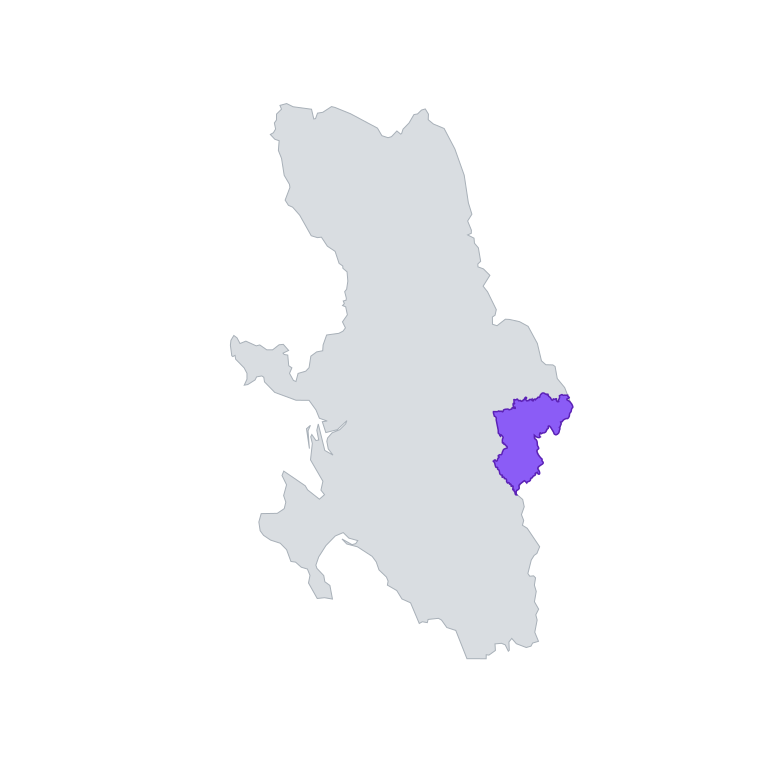 Ukraine, with Sumy highlighted, rotated 69°
{"feature_id": "UKR-325", "entity_name": "Sumy", "entity_type": "Region", "adm_level": 1, "iso_a3": "UKR", "parent_name": "Ukraine", "parent_adm1": "", "projection": "natural_earth1", "projection_center": [34.032, 51.234], "detail": "fine", "context": "in_parent", "style": "filled", "palette": "violet", "viewbox_px": 768, "rotation_deg": 69, "n_neighbors": 0, "source": "natural_earth", "source_scale": "10m", "svg_char_len": 9647}
<svg xmlns="http://www.w3.org/2000/svg" viewBox="0 0 768 768"><g transform="rotate(69 384 384)"><path d="M514.0,496.1L522.0,506.9L528.7,512.5L532.1,512.7L541.3,508.9L547.4,510.1L552.7,506.7L566.3,509.2L562.2,516.1L560.3,523.2L542.7,525.8L536.2,521.7L529.3,521.8L525.4,526.9L518.6,530.4L516.3,534.5L503.8,534.3L495.5,537.9L489.1,545.8L482.1,550.7L476.6,552.2L468.0,550.3L461.0,545.1L466.5,530.0L464.6,521.8L459.1,518.0L452.2,517.7L443.2,511.1L432.9,512.0L429.4,508.8L450.8,494.0L455.4,493.3L468.4,485.6L466.0,479.2L460.5,480.9L452.9,475.9L428.5,479.8L413.8,472.2L407.0,471.3L405.3,469.5L412.4,467.8L412.9,465.0L403.1,463.3L397.8,459.7L424.8,463.1L432.1,457.1L424.6,459.3L417.0,457.9L414.2,456.0L411.0,450.0L410.8,441.6L407.5,434.1L404.9,431.8L409.9,443.9L408.5,455.7L397.1,455.1L398.2,450.3L392.8,456.6L383.9,456.8L372.4,459.8L367.6,472.0L352.7,489.0L339.2,494.8L334.6,493.8L332.7,495.2L331.7,500.4L334.0,502.9L335.7,511.4L335.0,514.9L330.4,510.2L324.9,508.1L318.8,508.8L307.7,513.6L303.9,512.8L304.2,515.3L303.1,516.0L292.7,513.5L288.3,511.2L284.9,506.8L288.2,504.7L294.6,503.9L294.5,497.6L302.6,489.6L303.0,486.0L310.1,481.2L312.2,475.8L309.8,467.9L310.9,463.8L318.5,461.0L319.0,467.2L320.7,466.6L322.5,463.5L332.8,466.4L335.9,464.2L340.2,468.4L348.2,467.3L350.1,465.3L343.3,460.4L344.0,452.5L341.9,448.1L331.8,442.3L329.9,435.4L331.0,429.3L325.8,426.9L317.7,420.0L320.5,408.0L320.0,403.4L317.8,399.9L311.1,400.5L306.3,393.4L298.2,392.1L295.9,394.6L294.7,392.2L291.9,392.3L292.2,389.4L290.4,388.4L283.7,387.6L282.1,384.9L275.0,380.9L266.1,378.3L261.2,380.9L259.0,380.2L255.3,382.7L242.7,382.1L235.0,387.5L224.5,389.8L223.5,393.7L219.5,398.8L196.2,402.2L186.2,405.9L182.9,409.2L176.9,410.4L166.8,401.4L163.7,400.7L153.4,402.4L136.7,398.8L128.1,398.9L119.3,394.7L116.4,398.2L110.3,400.7L109.8,397.2L107.1,393.8L101.0,392.8L99.0,389.8L93.5,387.6L90.7,381.2L86.6,381.3L87.3,374.4L92.6,369.5L101.5,353.2L111.4,354.6L111.7,352.8L107.3,349.0L108.4,343.8L106.2,333.6L108.2,330.7L119.7,318.4L142.8,298.4L151.4,297.0L155.5,292.0L155.8,288.4L152.4,281.3L156.7,278.9L156.4,277.7L152.9,274.9L149.3,267.1L143.2,259.5L143.9,255.9L141.7,250.8L142.0,246.9L148.0,245.8L153.1,248.0L159.0,244.7L167.0,236.3L190.0,233.6L217.8,234.3L245.1,240.3L257.0,241.1L261.8,247.5L271.7,247.3L274.6,248.5L274.8,252.5L280.1,247.7L285.0,249.1L290.7,247.1L304.1,249.8L305.6,253.4L308.3,254.3L312.2,249.9L320.5,246.2L328.2,256.4L335.0,254.3L354.8,252.5L359.6,255.7L360.3,258.8L367.1,261.3L370.1,257.6L367.0,247.5L368.7,243.7L374.4,235.1L381.8,228.8L401.1,226.3L418.8,228.7L424.0,226.0L426.7,219.5L429.0,218.0L441.0,220.3L452.1,216.6L471.1,216.5L477.1,220.3L483.3,231.6L492.6,239.9L492.0,242.5L483.6,244.1L483.4,245.5L486.2,249.3L487.1,257.2L488.6,258.2L486.6,261.7L495.6,262.5L502.9,265.2L514.3,263.9L517.4,269.8L522.4,270.6L522.5,274.5L526.7,283.8L525.1,288.6L525.8,291.6L531.7,298.8L534.4,299.7L541.5,295.9L548.9,297.1L555.2,302.5L561.5,302.5L565.5,305.4L570.0,302.0L591.7,297.0L597.0,302.0L597.8,305.2L601.1,309.6L612.5,317.6L615.7,316.8L616.7,313.1L619.3,312.0L625.7,315.7L632.2,316.2L641.2,321.6L649.6,320.3L653.9,325.0L659.2,325.6L669.8,332.2L679.6,332.0L679.1,338.1L681.4,340.7L681.0,345.6L673.9,353.5L667.3,355.9L669.6,359.8L677.5,362.5L678.0,363.7L671.0,364.3L668.2,367.2L666.4,373.5L672.7,375.5L674.7,383.2L673.4,385.6L677.1,387.1L670.2,405.0L639.8,405.3L633.9,412.6L625.0,414.9L622.3,417.1L619.6,427.2L622.3,429.1L619.7,433.4L620.2,436.9L597.8,437.6L591.1,444.3L581.4,446.1L573.0,452.9L569.5,450.8L565.1,450.9L555.8,455.3L547.3,455.0L540.7,456.8L526.5,467.1L520.0,476.1L513.6,478.8L522.5,471.4L522.9,467.6L520.8,464.6L515.3,472.0L508.1,475.3L508.4,483.9L514.0,496.1ZM417.6,476.8L398.0,472.4L396.2,467.5L400.5,471.7L417.6,476.8Z" fill="#d9dde1" stroke="#a8b0b8" stroke-width="1"/><path d="M471.0,215.8L472.5,215.8L473.3,216.0L473.7,216.4L473.9,217.0L474.5,217.7L475.1,218.2L476.4,218.9L477.1,219.6L477.9,221.0L478.3,221.4L480.4,222.5L480.9,223.0L481.5,223.7L482.0,224.6L482.0,225.0L482.0,225.4L481.5,226.4L481.7,228.7L481.9,229.5L482.3,230.2L482.9,231.1L483.0,231.8L482.8,232.4L482.8,232.8L484.4,232.8L485.1,233.2L486.3,234.4L487.1,234.9L487.3,235.8L487.6,235.9L488.2,235.7L488.6,235.7L489.2,236.0L490.3,237.0L490.9,237.3L492.2,238.3L493.0,240.0L493.1,241.7L491.9,242.9L491.2,243.0L489.3,243.0L483.8,244.0L482.5,244.6L482.2,245.6L482.6,246.0L483.7,246.3L484.2,246.5L484.3,246.8L484.5,247.7L484.6,248.0L484.9,248.4L486.2,249.6L486.7,250.2L486.9,250.9L487.0,251.8L486.9,252.3L486.5,253.4L486.6,253.8L486.8,254.6L486.7,255.0L486.4,255.2L485.7,255.4L485.6,255.6L485.7,256.0L486.0,256.3L486.7,256.8L487.7,257.2L488.8,257.3L489.4,257.0L489.7,258.4L488.9,259.8L487.6,261.0L485.7,262.0L488.0,262.8L488.8,262.9L489.4,262.7L490.6,261.9L491.8,261.7L493.0,261.8L496.4,262.8L498.5,262.5L499.5,262.6L499.9,263.0L500.3,264.2L500.6,264.8L501.1,265.2L501.6,265.4L504.0,265.5L506.3,265.1L509.0,264.2L510.5,263.4L511.0,263.4L512.2,264.0L512.8,263.9L513.5,263.6L514.2,263.5L514.8,263.7L515.2,264.1L515.5,264.7L516.3,268.6L516.9,269.9L517.9,270.7L519.0,270.8L521.2,270.3L522.3,270.4L523.0,270.6L523.5,270.9L523.8,271.3L523.6,272.0L523.1,272.4L521.3,272.7L521.5,273.2L521.5,274.3L521.6,274.7L521.9,275.0L522.6,275.1L523.0,275.3L523.4,275.9L523.4,277.5L523.7,278.1L524.3,278.8L524.6,279.3L524.7,279.9L524.6,280.4L524.7,280.9L525.1,281.2L526.0,281.6L526.3,281.9L526.6,282.3L526.9,283.5L526.8,284.5L526.9,285.4L527.6,286.2L525.1,287.2L524.6,287.6L524.7,288.2L526.3,293.3L527.0,294.3L528.1,294.7L529.5,295.0L530.1,295.4L530.5,296.1L530.8,297.1L530.8,297.8L531.0,298.4L531.8,299.1L533.1,299.8L533.7,299.9L534.4,300.0L535.1,299.8L535.0,300.2L534.8,300.5L534.6,300.7L534.1,300.9L532.9,300.8L531.9,300.6L531.3,300.6L530.8,300.9L529.8,300.9L528.8,300.7L528.6,300.9L528.6,301.0L529.0,301.5L528.9,301.6L528.6,301.6L526.3,300.4L525.6,300.2L525.3,300.4L525.2,300.6L525.2,301.6L525.0,301.9L524.6,301.9L523.4,301.4L522.9,301.6L522.5,301.9L522.4,302.1L522.6,302.4L522.5,302.6L522.2,302.7L521.2,302.6L520.9,302.7L520.6,303.1L520.6,303.3L520.8,304.0L520.6,304.2L520.3,304.3L519.2,304.5L518.8,304.5L517.7,304.0L516.8,303.9L516.6,304.0L516.0,304.5L515.5,305.5L515.3,305.5L515.1,305.5L514.6,305.2L514.1,305.4L513.6,305.9L513.5,306.1L513.6,306.7L513.4,307.0L513.2,307.1L512.9,307.0L512.2,306.6L511.7,306.2L511.4,306.3L511.0,307.2L510.8,307.4L509.4,308.1L506.3,307.5L505.4,307.6L504.7,308.2L504.1,308.4L503.9,308.4L502.9,307.9L502.4,308.1L502.1,309.0L501.9,309.2L501.6,309.4L500.4,309.4L497.2,309.0L496.1,309.2L495.3,309.7L495.2,309.7L495.1,308.9L494.7,308.5L494.6,308.3L494.6,308.1L494.7,307.5L494.9,307.3L495.6,307.2L496.0,307.0L496.2,306.9L496.3,306.6L496.3,306.2L496.2,305.9L495.9,305.5L494.7,304.8L494.5,304.5L494.3,304.0L493.9,303.8L493.8,303.1L493.6,302.8L493.2,302.7L492.9,302.8L492.3,303.2L492.1,303.2L491.7,302.8L491.6,302.3L491.5,301.1L491.7,300.6L492.0,300.0L492.0,299.7L491.8,299.3L491.4,298.9L490.0,297.9L488.9,296.8L488.1,296.0L487.9,295.4L487.8,295.1L487.8,293.0L487.9,292.0L487.7,291.8L486.4,291.5L486.2,291.8L486.0,292.0L485.7,292.1L485.0,292.2L484.3,292.6L483.6,292.7L483.4,293.0L483.5,293.3L483.4,293.5L483.2,293.6L482.2,293.4L482.0,293.5L481.6,293.7L481.6,293.9L481.7,294.3L481.4,294.5L481.2,294.5L478.7,293.6L477.6,292.9L476.8,292.0L476.3,291.9L475.2,292.1L473.5,292.8L473.3,293.0L473.2,293.1L473.3,293.2L474.3,293.8L474.5,294.0L473.7,294.3L472.3,294.3L471.4,294.5L471.1,294.8L470.8,294.9L470.5,294.8L468.0,293.9L458.1,292.2L456.9,291.8L456.3,291.4L455.5,291.4L454.6,291.6L454.0,292.0L453.7,292.5L453.3,292.5L450.1,292.2L449.0,291.7L450.1,289.0L450.4,288.0L450.4,287.3L450.3,286.8L450.3,286.4L451.0,285.9L451.2,285.6L451.2,284.5L451.6,284.0L452.1,283.7L452.4,283.4L452.4,283.1L452.4,282.9L452.3,282.7L451.5,282.2L451.1,281.7L451.0,281.0L451.0,280.2L451.1,279.7L451.8,277.3L452.1,277.0L452.6,276.7L452.9,276.4L453.0,275.8L453.0,274.4L453.1,274.0L453.1,273.7L452.2,273.0L452.1,272.8L452.1,272.5L453.0,271.6L453.8,270.4L453.8,270.2L453.6,270.1L452.7,269.9L451.9,271.1L451.7,271.3L449.8,271.0L448.8,270.6L448.5,270.3L448.5,270.2L449.2,269.6L449.2,269.3L449.0,269.1L448.1,269.3L447.7,269.2L446.5,268.7L445.2,268.4L445.1,268.1L445.9,267.0L446.1,266.6L445.8,265.8L445.9,264.9L446.0,264.8L447.7,264.4L447.8,264.2L448.0,264.1L448.1,263.8L448.0,263.1L448.2,262.6L449.1,262.3L449.4,262.0L449.4,261.7L449.2,261.2L449.5,260.5L449.5,260.4L448.8,259.8L448.7,259.6L448.9,258.8L448.9,258.4L448.7,258.2L448.0,258.1L447.8,258.0L447.2,256.8L447.1,256.6L447.5,256.0L447.8,255.8L448.3,256.0L448.7,256.8L449.1,257.1L449.7,257.1L450.4,257.0L450.9,256.8L451.1,256.4L451.0,255.6L451.0,255.3L451.4,254.8L450.8,254.0L450.6,253.4L450.7,253.1L450.8,252.9L451.1,252.7L451.4,252.4L451.4,252.1L451.1,251.2L452.5,251.6L453.2,250.9L453.1,250.6L452.3,250.1L452.1,249.6L452.1,249.1L452.1,248.8L452.3,248.7L453.0,248.5L453.1,248.4L453.0,248.1L452.5,247.8L452.4,247.6L452.2,245.8L451.6,245.3L451.6,245.0L451.6,244.5L452.1,244.0L452.2,243.5L450.4,242.1L450.2,241.8L450.0,241.5L449.4,240.2L449.2,239.4L449.5,238.4L450.1,237.6L450.5,237.3L451.2,237.0L451.8,235.7L452.7,235.5L452.7,235.2L452.4,234.7L453.1,234.6L454.5,234.7L456.1,233.7L456.5,233.5L457.3,233.5L459.1,233.0L459.5,232.5L459.4,232.0L458.9,231.3L458.7,231.2L459.1,230.8L459.3,230.3L459.4,228.8L459.5,228.4L459.8,228.3L460.3,228.9L460.9,228.9L461.6,228.9L462.5,228.6L462.7,228.4L462.9,228.0L463.0,227.5L463.0,227.2L461.6,227.1L461.2,226.5L460.9,226.2L460.3,225.5L459.5,224.9L457.8,224.4L457.6,222.0L457.7,221.6L458.6,220.9L458.9,220.5L459.2,219.1L459.7,218.3L459.9,217.4L460.3,216.5L460.9,216.7L461.5,216.7L462.4,216.1L462.9,215.9L463.5,216.6L463.3,218.2L463.8,218.8L464.5,218.8L466.7,217.0L469.6,216.0L471.0,215.8Z" fill="#8b5cf6" stroke="#5b21b6" stroke-width="1.5"/></g></svg>